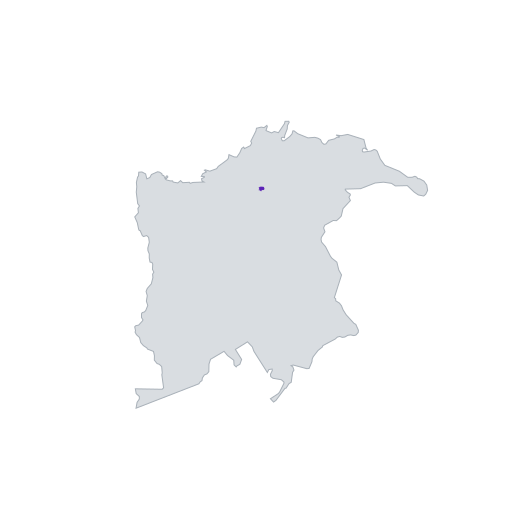 location of La Ceja, Antioquia, Colombia, rotated 58°
{"feature_id": "7082276B13386245967874", "entity_name": "La Ceja", "entity_type": "district", "adm_level": 2, "iso_a3": "COL", "parent_name": "Colombia", "parent_adm1": "Antioquia", "projection": "orthographic", "projection_center": [-75.43, 5.984], "detail": "fine", "context": "in_parent", "style": "filled", "palette": "violet", "viewbox_px": 512, "rotation_deg": 58, "n_neighbors": 0, "source": "geoboundaries", "source_scale": "gbopen_adm2", "svg_char_len": 4772}
<svg xmlns="http://www.w3.org/2000/svg" viewBox="0 0 512 512"><g transform="rotate(58 256 256)"><path d="M290.2,86.0L285.6,88.0L276.5,90.4L270.4,100.7L266.2,102.6L261.0,108.7L257.2,116.3L254.3,131.7L246.6,144.8L247.2,145.3L250.4,144.7L253.3,143.3L254.3,143.7L255.4,146.0L259.0,146.6L261.9,157.1L267.3,162.5L267.9,164.6L268.7,169.0L266.8,171.7L266.3,181.4L268.0,183.8L272.0,184.7L274.8,190.7L276.5,192.1L279.0,193.0L284.9,192.1L295.6,193.0L298.1,192.8L304.1,190.7L311.7,193.2L317.4,193.5L332.8,211.6L334.4,211.1L336.3,212.1L340.2,210.2L343.5,209.9L347.8,210.7L353.6,210.7L365.1,208.6L366.8,207.6L373.2,208.5L375.0,209.8L376.0,213.2L375.3,215.3L373.1,217.5L371.9,220.2L371.8,223.6L370.7,226.0L368.6,227.6L367.9,230.0L368.4,233.0L367.4,246.8L368.3,247.9L369.0,253.5L371.7,260.8L373.1,262.9L375.3,264.6L379.5,270.6L378.5,272.6L368.2,282.2L367.6,284.4L369.6,283.5L372.9,284.3L374.0,286.6L381.8,293.1L381.7,295.6L384.0,300.5L383.6,301.6L389.0,315.6L389.2,318.5L384.7,319.4L384.5,310.0L383.9,308.1L378.8,299.8L377.7,299.1L374.3,300.1L368.7,306.4L366.1,307.4L364.0,306.5L361.8,302.9L360.4,302.2L359.1,305.3L360.8,308.1L335.9,308.3L331.0,307.3L324.3,308.7L324.3,323.0L336.1,323.0L339.3,327.1L339.1,330.4L339.6,331.6L336.7,332.3L332.6,330.1L325.3,332.9L319.9,333.6L319.5,349.3L322.7,353.1L329.1,357.3L330.0,360.1L329.5,362.8L331.0,366.1L333.1,367.9L333.1,369.9L334.1,372.2L321.5,438.4L317.1,434.4L315.5,430.8L313.4,429.4L309.2,430.5L304.7,428.7L319.3,406.2L318.8,404.2L306.8,398.8L305.5,397.5L299.8,394.6L296.6,395.4L294.8,396.9L290.4,397.4L286.8,395.0L282.6,393.5L277.5,397.3L276.0,397.3L272.3,399.0L268.4,399.6L263.4,398.0L259.3,399.1L256.5,398.9L255.4,397.7L251.8,396.4L251.4,394.9L252.4,392.1L250.9,386.7L250.3,385.7L247.5,385.7L244.3,383.7L243.7,382.5L244.3,380.3L243.8,378.4L240.6,374.0L236.2,372.9L232.0,369.2L227.8,368.0L225.9,365.4L224.1,359.5L219.7,354.9L216.6,353.3L215.6,351.2L212.5,350.9L208.2,347.9L206.3,347.7L205.0,349.1L201.1,347.6L197.7,345.4L194.2,344.8L191.9,343.5L187.8,339.2L183.3,337.2L180.7,337.9L179.9,341.1L178.4,341.6L173.2,340.8L172.4,341.5L171.0,341.3L164.8,339.0L158.6,338.1L157.0,332.8L153.0,330.9L151.8,328.3L149.0,328.6L138.4,323.7L134.1,320.4L130.3,318.5L126.4,314.7L125.8,313.2L122.8,311.0L124.3,308.2L127.9,306.1L132.7,307.7L133.2,304.5L131.5,301.5L132.4,294.9L133.6,293.5L136.2,292.2L137.8,292.7L138.8,291.6L142.7,292.1L143.9,291.7L146.8,289.0L148.1,286.9L149.4,287.1L152.6,283.6L152.1,280.0L155.0,279.3L158.2,273.4L159.5,273.3L160.2,270.5L165.7,260.9L163.7,262.0L161.6,261.3L161.9,258.1L161.3,257.7L159.5,260.2L158.0,257.6L158.4,253.5L155.9,254.3L156.1,253.3L159.6,250.2L161.1,243.1L160.0,240.5L159.2,229.9L158.6,227.8L155.7,225.2L160.3,222.1L162.0,219.8L159.9,215.1L157.2,211.1L157.1,208.7L158.8,208.9L159.4,202.3L157.9,199.8L156.0,199.7L150.0,189.9L147.9,187.9L149.5,183.2L151.4,181.2L151.0,177.6L152.2,177.8L154.8,181.0L155.8,180.5L159.9,177.5L160.1,174.6L163.3,171.6L158.8,161.6L157.2,160.0L159.1,156.8L160.2,157.0L162.0,160.2L164.8,162.2L169.0,167.8L170.8,169.1L169.5,170.3L169.2,171.6L169.9,172.4L172.2,172.6L173.2,171.0L172.6,164.2L171.6,160.8L169.4,158.4L170.1,157.4L174.4,155.8L183.4,149.3L186.5,143.3L188.8,141.1L191.5,139.6L194.7,140.0L197.3,139.2L198.0,137.3L196.4,133.1L198.3,127.3L198.2,124.4L199.4,122.7L199.0,122.0L195.8,124.0L199.1,120.0L201.5,113.8L214.4,102.8L222.9,105.5L225.5,105.3L222.0,106.7L221.5,108.2L222.7,109.9L224.0,110.4L225.1,109.3L227.9,102.9L228.3,99.4L229.6,98.2L231.4,97.7L239.6,99.2L247.4,98.7L260.1,89.5L269.7,85.6L272.0,81.8L272.6,79.0L274.3,77.9L276.1,77.9L277.2,76.3L281.5,73.9L286.3,73.6L291.3,75.7L293.6,79.4L294.0,82.0L290.2,86.0ZM142.9,290.9L142.3,291.4L141.1,290.5L140.7,289.4L141.4,288.6L142.3,288.9L142.9,290.9Z" fill="#d9dde1" stroke="#a8b0b8" stroke-width="1"/><path d="M202.1,217.2L202.1,216.9L202.2,216.7L202.2,216.4L202.3,216.4L202.2,216.3L202.3,216.3L202.2,216.3L202.2,216.2L202.2,215.9L202.1,215.7L202.1,215.4L202.2,215.2L202.3,215.2L202.5,215.0L202.8,215.1L203.0,215.0L203.0,214.9L203.1,214.7L203.3,214.5L203.3,214.4L203.2,214.3L203.1,214.2L203.1,213.9L202.9,213.8L202.7,213.8L202.6,213.7L202.4,213.7L202.2,213.6L201.9,213.6L201.7,213.7L201.5,213.8L201.5,214.0L201.4,214.2L201.4,214.3L201.3,214.5L201.2,214.5L201.3,214.5L201.2,214.6L201.3,214.6L201.2,214.7L201.2,214.8L201.2,215.0L200.9,215.1L200.8,215.3L200.7,215.3L200.7,215.5L200.4,215.7L200.4,215.8L200.2,215.9L200.1,216.0L200.1,215.9L200.1,216.0L200.2,216.3L200.3,216.3L200.5,216.4L200.6,216.5L200.7,216.4L200.8,216.3L201.0,216.3L201.3,216.4L201.3,216.5L201.5,216.5L201.4,216.6L201.5,216.7L201.4,216.7L201.4,216.8L201.5,216.8L201.5,216.7L201.5,216.8L201.4,216.9L201.5,216.9L201.6,217.0L201.8,217.2L201.7,217.2L201.8,217.2L202.0,217.2L202.0,217.3L202.1,217.2L202.1,217.2Z" fill="#8b5cf6" stroke="#5b21b6" stroke-width="1.5"/></g></svg>